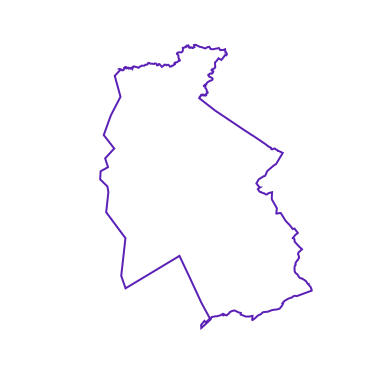 Mārkalnes pag., Aluksne, Latvia, rotated 247°
{"feature_id": "27541924B80787843923364", "entity_name": "Mārkalnes pag.", "entity_type": "district", "adm_level": 2, "iso_a3": "LVA", "parent_name": "Latvia", "parent_adm1": "Aluksne", "projection": "orthographic", "projection_center": [27.239, 57.508], "detail": "fine", "context": "isolated", "style": "outline", "palette": "violet", "viewbox_px": 384, "rotation_deg": 247, "n_neighbors": 0, "source": "geoboundaries", "source_scale": "gbopen_adm2", "svg_char_len": 5946}
<svg xmlns="http://www.w3.org/2000/svg" viewBox="0 0 384 384"><g transform="rotate(247 192 192)"><path d="M54.4,263.6L55.1,263.9L55.7,263.8L56.1,264.0L57.9,264.1L60.9,263.2L61.3,263.2L61.7,263.4L61.8,262.9L62.6,262.5L64.8,262.3L66.6,261.4L67.7,260.6L69.3,259.6L69.4,259.2L69.5,259.0L69.9,258.8L70.6,257.9L71.0,257.6L71.5,257.4L74.9,256.8L75.5,256.7L76.0,256.2L76.9,255.7L77.7,255.5L78.8,255.6L80.1,255.9L82.7,257.0L84.1,258.0L84.4,258.9L85.6,259.2L85.8,259.3L86.8,260.4L87.3,261.3L87.8,261.8L88.1,262.9L88.5,263.4L88.9,263.7L89.4,264.6L89.8,264.7L90.3,265.2L93.7,265.4L94.8,266.6L96.3,270.9L100.6,269.0L106.1,267.1L108.4,267.8L108.9,267.8L110.2,266.8L112.3,270.8L112.5,271.9L112.9,273.4L118.3,272.1L118.5,270.3L123.3,269.0L128.9,266.9L137.9,265.5L138.4,264.4L139.0,261.5L139.3,261.2L143.9,263.8L154.0,262.6L155.5,263.2L160.5,265.6L161.0,262.2L161.0,261.8L160.5,260.4L160.8,259.1L162.4,258.1L163.7,256.4L164.7,255.8L164.9,255.4L165.6,254.6L166.1,254.3L168.9,253.7L169.5,254.8L169.5,256.0L169.6,256.5L169.8,256.1L174.7,254.6L177.6,258.4L178.5,264.1L178.3,265.1L178.3,265.4L178.8,266.2L181.7,269.2L182.0,269.8L184.6,278.1L184.8,280.2L192.5,290.8L195.7,288.0L196.1,287.2L196.5,287.0L197.1,287.0L198.3,285.9L199.6,285.3L199.8,285.1L199.9,282.4L200.4,281.9L200.9,281.7L201.6,282.1L204.6,279.8L206.9,278.6L219.9,270.2L221.2,269.2L228.8,264.1L258.1,245.0L275.5,235.3L276.2,236.3L276.4,236.2L276.6,236.3L276.6,236.7L276.7,236.8L276.8,237.4L277.2,237.6L277.2,237.8L277.3,238.2L277.8,238.3L277.9,238.5L277.6,238.8L277.6,239.0L277.4,239.2L277.4,239.6L277.1,239.7L277.3,240.1L276.5,240.3L276.3,240.5L276.4,240.8L276.4,241.0L275.9,241.5L276.2,241.7L276.0,241.9L275.5,242.3L275.5,242.7L275.6,243.0L276.8,243.4L277.1,243.8L277.0,244.9L277.8,245.4L278.7,245.0L279.3,245.0L279.9,245.3L280.9,245.4L282.3,245.0L283.1,245.2L283.6,245.5L284.1,245.5L284.6,244.4L284.8,244.3L285.0,244.3L285.6,245.5L285.3,246.7L285.3,247.0L285.9,247.1L286.0,247.6L286.9,248.9L287.3,251.6L287.3,252.1L287.1,253.5L287.3,254.2L287.6,254.9L288.1,255.2L288.7,255.2L289.3,254.9L291.7,252.8L292.1,252.7L292.7,252.9L293.3,252.7L293.5,252.7L293.6,252.9L293.5,253.7L293.9,254.4L293.9,255.4L293.2,256.5L293.5,257.0L293.5,257.6L293.7,257.9L294.2,257.9L294.3,258.1L294.4,258.4L294.7,258.7L295.2,258.5L296.2,257.6L296.8,257.7L297.0,258.0L296.8,259.2L297.1,259.6L297.0,259.8L297.0,260.5L297.5,262.0L302.3,263.8L302.8,265.4L304.7,268.7L303.6,269.3L302.9,270.1L302.1,270.7L303.0,272.4L305.1,275.9L304.4,277.0L305.3,278.0L307.1,278.0L307.3,277.3L310.5,278.2L310.5,276.7L310.6,276.0L311.0,275.3L311.4,273.7L311.6,273.4L314.0,273.0L314.2,271.8L314.5,270.5L315.2,267.1L316.3,265.0L318.9,264.7L318.9,264.4L319.3,262.4L318.9,260.5L320.2,258.8L321.2,258.0L322.7,255.8L325.6,253.3L326.0,252.3L326.3,252.3L326.5,251.2L324.6,250.9L324.7,250.6L324.1,249.4L324.1,249.2L324.3,248.8L325.0,248.5L325.2,248.2L325.0,247.8L325.1,247.5L325.5,247.4L325.9,247.0L326.0,246.5L325.8,246.0L326.2,245.8L326.6,246.0L328.3,246.0L328.3,245.5L328.6,245.0L328.8,244.6L328.6,244.3L327.9,244.0L327.8,243.8L328.3,243.5L328.5,243.1L328.4,242.8L328.1,242.5L327.8,242.0L328.3,240.2L328.3,239.9L326.6,239.3L325.6,238.7L325.4,238.5L324.8,237.4L324.7,236.7L325.6,234.8L325.8,234.1L325.8,233.4L325.7,232.8L325.4,232.2L325.1,232.1L324.7,232.1L324.1,232.6L322.8,232.8L321.0,232.0L319.9,232.2L319.5,231.9L318.5,232.3L317.8,232.2L317.6,231.9L317.9,230.8L317.4,229.5L317.3,228.7L317.6,228.1L317.7,227.4L317.2,226.9L317.6,226.4L317.3,226.0L316.9,226.1L316.8,226.4L316.5,226.5L316.3,226.3L315.8,223.4L316.0,222.7L315.7,222.4L315.9,221.6L315.9,221.1L315.9,220.8L317.8,220.2L318.5,219.7L318.6,219.0L318.6,218.0L319.6,217.3L319.7,216.8L319.9,216.6L319.8,215.9L319.4,215.1L318.9,213.2L320.3,212.8L321.0,212.4L321.8,212.3L322.5,211.9L322.7,211.6L322.7,211.4L322.0,210.2L322.0,209.8L322.1,209.6L322.4,209.2L323.6,209.4L323.9,209.3L324.3,209.0L324.9,208.0L324.7,207.3L324.8,206.7L325.8,205.3L326.2,204.1L326.4,203.8L327.4,203.1L327.8,202.7L327.9,202.3L327.8,201.9L326.9,201.0L326.9,200.7L327.0,199.5L327.4,198.9L327.4,198.7L327.1,198.3L327.0,198.0L327.0,197.2L328.0,195.0L327.7,194.3L327.8,193.4L327.7,192.5L327.3,191.8L327.2,191.3L328.0,190.6L329.5,188.6L330.0,188.2L330.2,187.8L330.4,187.2L330.3,186.9L329.7,186.6L329.7,186.3L330.0,186.3L330.2,186.1L330.1,185.9L329.5,185.8L329.5,185.4L329.1,185.2L329.5,185.1L329.7,184.9L329.7,184.7L329.4,184.5L329.3,184.0L329.4,183.9L329.5,183.9L329.7,184.2L329.9,184.2L330.4,183.6L330.2,182.8L330.3,182.6L330.2,182.0L330.3,181.8L330.9,181.5L331.0,182.1L331.3,182.0L331.4,181.7L331.4,181.0L331.7,180.6L331.7,180.3L332.0,180.1L332.1,180.5L332.3,180.2L333.0,179.8L333.1,179.6L333.0,179.2L332.6,179.3L332.3,179.2L332.9,178.8L332.6,178.3L332.6,177.8L331.5,177.2L331.2,176.8L331.0,176.5L331.0,176.2L331.1,175.6L331.3,175.2L332.2,174.9L333.6,173.5L333.6,173.2L332.6,174.2L329.1,166.3L307.6,163.4L294.3,147.3L278.9,133.0L262.4,137.4L256.9,125.2L247.7,124.4L246.8,116.0L239.5,112.4L230.2,116.3L224.6,115.0L206.9,105.1L175.5,112.7L142.5,94.1L129.3,93.2L137.9,154.3L137.6,154.9L138.0,154.8L138.1,155.5L113.4,156.5L85.8,157.4L68.4,159.1L67.9,157.4L66.5,153.8L68.5,153.1L66.1,148.5L63.2,147.4L65.0,152.7L67.3,158.9L67.7,159.6L68.9,160.8L69.1,161.1L69.2,161.5L68.4,165.0L67.9,166.2L67.7,167.9L67.4,169.6L67.5,170.5L67.5,171.1L67.8,172.9L67.6,173.1L66.8,172.2L66.4,172.3L66.2,172.5L66.1,173.2L66.3,173.7L66.3,174.2L65.8,174.8L65.2,175.2L65.0,175.6L64.9,176.0L65.4,177.0L65.6,178.2L66.7,180.1L66.8,182.4L66.4,184.8L62.7,188.1L61.6,189.7L60.1,188.9L58.9,190.3L56.5,192.6L55.2,195.4L54.3,199.3L51.0,197.5L50.6,197.5L50.6,198.4L50.7,199.0L51.5,201.7L52.4,203.9L52.6,205.4L52.6,207.7L52.8,208.2L53.4,209.6L53.5,210.5L53.4,211.2L52.2,215.0L52.1,215.5L52.2,217.0L52.0,218.7L52.0,219.7L50.6,224.8L50.4,227.2L51.8,229.8L52.9,231.4L54.5,232.9L54.6,232.5L55.3,233.7L55.7,235.2L56.2,239.0L55.9,243.0L56.4,244.2L56.3,245.6L56.0,246.6L55.2,247.8L54.7,258.8L54.7,259.1L54.4,263.2L54.4,263.6Z" fill="none" stroke="#5b21b6" stroke-width="2"/></g></svg>